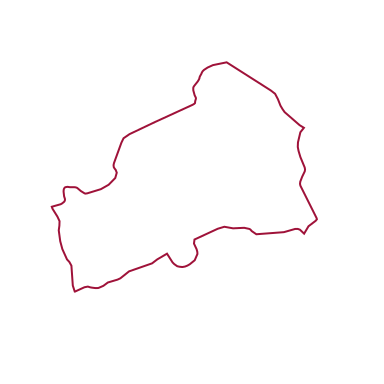 outline of Managua, rotated 20°
{"feature_id": "NIC-659", "entity_name": "Managua", "entity_type": "Department", "adm_level": 1, "iso_a3": "NIC", "parent_name": "Nicaragua", "parent_adm1": "", "projection": "orthographic", "projection_center": [-86.332, 12.202], "detail": "fine", "context": "isolated", "style": "outline", "palette": "rose", "viewbox_px": 384, "rotation_deg": 20, "n_neighbors": 0, "source": "natural_earth", "source_scale": "10m", "svg_char_len": 1880}
<svg xmlns="http://www.w3.org/2000/svg" viewBox="0 0 384 384"><g transform="rotate(20 192 192)"><path d="M115.9,325.7L112.0,320.7L103.9,302.5L100.7,299.7L97.6,298.1L89.7,290.0L85.0,283.3L79.9,273.6L78.9,269.0L77.5,264.7L74.0,261.2L66.6,255.4L65.3,253.8L72.8,248.4L73.9,247.1L75.2,244.9L75.4,244.0L75.4,243.3L75.1,242.2L74.7,241.6L73.3,239.8L71.2,235.6L70.7,233.9L70.6,233.0L70.7,232.2L70.9,231.4L71.4,230.8L72.2,230.3L73.3,229.7L75.4,229.3L79.9,227.7L80.7,227.5L81.6,227.4L82.4,227.4L82.9,227.5L87.2,229.1L91.4,230.0L92.3,230.0L94.0,229.1L105.4,220.5L111.2,213.7L115.1,205.1L114.7,199.6L112.7,197.3L111.2,196.4L110.0,195.4L109.1,193.6L108.8,191.5L108.8,169.7L109.3,164.9L113.5,159.0L133.5,138.7L162.8,109.8L164.0,108.3L164.4,107.4L164.1,106.2L163.9,105.2L163.8,103.2L163.6,102.5L163.2,101.9L161.5,100.3L161.4,100.2L158.5,96.1L158.2,95.4L157.6,93.8L157.5,92.9L157.8,91.5L159.6,86.1L160.0,84.1L160.1,82.7L159.9,81.8L159.9,80.7L160.4,77.6L160.4,76.5L160.7,74.9L161.5,73.2L164.1,69.7L168.3,65.6L180.2,58.3L231.2,69.6L236.5,71.3L241.0,75.4L245.6,80.6L248.9,83.3L251.8,85.3L270.3,92.4L275.2,93.4L273.4,98.8L274.6,109.1L276.0,113.5L278.1,117.0L281.9,122.1L289.5,130.4L290.5,132.1L290.9,134.0L290.3,140.0L290.2,145.2L290.7,147.4L291.7,149.0L318.0,173.9L318.7,174.9L318.1,176.7L313.2,184.3L311.6,192.8L306.3,190.5L304.0,190.5L301.6,191.4L292.1,198.3L266.9,209.7L261.5,208.3L259.9,207.4L259.3,207.2L258.4,207.1L253.3,207.8L243.0,212.1L234.3,213.6L228.8,217.7L210.6,235.8L211.5,239.8L215.9,244.2L217.5,246.5L218.3,248.4L217.9,255.2L214.6,260.7L212.9,262.7L211.0,264.4L208.6,265.8L205.8,266.5L203.5,266.8L199.9,265.8L197.8,264.8L189.6,258.5L182.4,267.2L178.9,272.7L160.0,288.1L154.2,297.6L152.0,299.8L143.9,305.8L140.8,310.5L137.0,314.1L135.8,314.7L134.2,315.3L130.7,316.1L128.9,316.4L126.5,316.5L123.5,318.3L116.0,325.7L115.9,325.7Z" fill="none" stroke="#9f1239" stroke-width="2"/></g></svg>